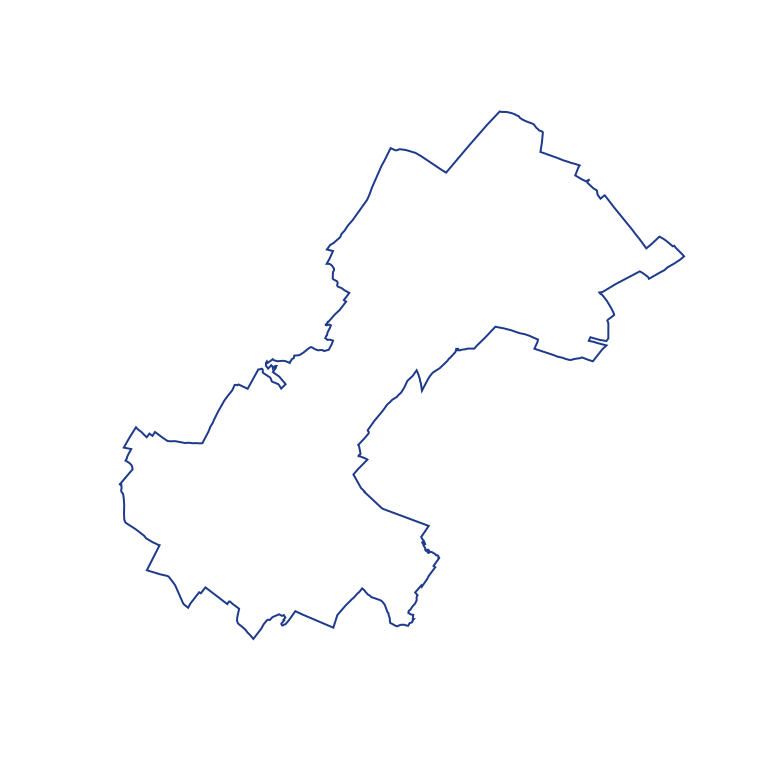 the district of Podu Turcului, Bacau, Romania, rotated 308°
{"feature_id": "2599482B35845485094617", "entity_name": "Podu Turcului", "entity_type": "district", "adm_level": 2, "iso_a3": "ROU", "parent_name": "Romania", "parent_adm1": "Bacau", "projection": "robinson", "projection_center": [27.419, 46.199], "detail": "fine", "context": "isolated", "style": "outline", "palette": "blue", "viewbox_px": 768, "rotation_deg": 308, "n_neighbors": 0, "source": "geoboundaries", "source_scale": "gbopen_adm2", "svg_char_len": 6155}
<svg xmlns="http://www.w3.org/2000/svg" viewBox="0 0 768 768"><g transform="rotate(308 384 384)"><path d="M247.5,538.6L256.8,538.1L260.5,537.4L271.2,537.2L271.1,535.1L281.0,534.6L281.1,534.3L280.7,533.7L282.0,532.5L282.0,531.7L281.1,530.5L281.5,529.2L281.0,525.1L280.6,524.4L279.7,523.7L278.2,523.0L278.1,522.7L278.4,521.8L280.5,521.9L280.5,520.6L278.4,519.7L278.7,518.5L279.8,518.0L281.3,514.2L283.2,515.0L283.7,514.2L282.4,512.5L282.5,511.8L283.2,511.6L284.0,512.5L284.7,512.5L285.6,509.1L286.3,507.5L299.7,506.6L285.0,460.3L284.8,458.6L286.9,435.0L287.3,435.0L287.9,429.9L293.9,415.6L301.3,416.0L314.2,417.5L314.1,415.9L312.3,409.9L311.5,408.6L311.5,408.2L312.2,408.0L314.2,408.6L314.9,408.1L319.8,402.4L320.1,401.2L329.6,402.1L335.6,402.3L336.8,401.6L337.3,399.8L337.9,399.6L348.8,399.1L362.3,399.5L370.1,399.2L373.3,399.9L376.7,400.2L381.8,402.1L383.7,402.1L388.0,402.8L393.9,402.1L400.9,400.5L408.0,401.6L414.9,401.3L412.8,405.1L409.8,409.4L408.3,410.9L407.3,412.6L402.1,418.0L414.3,415.8L417.5,415.4L421.2,415.3L423.5,415.6L430.8,418.2L441.0,419.7L444.2,419.6L444.6,419.9L453.0,420.6L454.1,420.3L456.2,419.3L457.3,420.8L456.1,421.5L457.3,423.1L458.6,423.9L461.8,427.0L463.2,427.9L467.5,433.4L471.2,433.5L482.6,435.1L497.7,436.5L501.8,444.6L504.6,451.0L507.6,459.7L509.9,464.2L511.5,468.8L513.8,478.0L512.5,478.7L510.7,479.3L504.4,480.8L511.4,500.4L512.3,503.7L514.7,508.7L515.4,511.3L516.9,514.8L517.7,516.2L521.1,518.8L524.8,522.3L526.9,523.8L528.8,530.1L530.5,534.6L546.2,534.7L551.4,535.6L547.5,526.6L546.2,523.0L544.1,518.8L546.3,518.2L547.9,517.9L552.1,528.1L552.8,528.9L554.7,532.8L558.0,532.7L570.0,523.4L571.5,520.9L572.6,520.9L579.9,522.9L580.8,522.2L583.4,517.0L586.7,508.5L588.7,500.7L588.3,499.7L588.3,499.0L588.7,497.4L591.1,499.6L605.3,505.0L630.2,516.2L630.7,519.2L630.9,526.2L630.0,528.0L642.4,533.1L646.1,534.8L650.4,535.6L657.3,538.4L664.6,540.9L669.3,541.9L669.8,539.6L670.9,530.3L671.6,527.6L670.3,526.8L670.6,517.8L670.4,514.8L669.7,510.3L658.5,508.6L652.4,507.2L655.5,496.2L657.5,487.7L658.0,486.4L664.7,457.0L668.6,441.9L668.4,441.6L663.3,440.5L664.7,435.7L667.6,432.6L667.1,428.4L667.8,420.5L668.2,419.9L668.7,419.7L671.7,420.0L671.1,419.6L668.5,418.7L668.1,418.3L667.2,414.6L666.1,406.3L674.5,403.8L676.7,403.6L675.0,398.9L673.1,394.6L672.9,393.5L670.8,388.1L668.8,381.2L663.2,364.4L671.6,359.7L679.0,355.0L680.1,354.2L680.4,353.5L679.3,350.1L679.6,349.0L679.7,346.2L680.9,341.9L678.4,333.9L677.6,330.1L677.4,326.9L678.0,325.3L677.4,323.5L677.0,320.6L675.6,316.8L673.7,312.9L670.7,309.1L670.0,307.4L652.1,305.7L624.5,304.2L588.8,302.8L588.2,297.7L586.4,272.9L585.5,266.5L581.8,257.1L579.0,252.3L578.3,251.5L575.9,250.1L575.2,249.2L573.9,244.0L560.9,246.7L554.1,247.8L531.4,253.6L523.7,256.1L518.7,257.3L494.1,258.4L487.1,258.0L480.4,258.5L475.9,258.1L472.8,259.1L464.3,257.5L460.5,256.0L454.8,256.2L457.4,262.0L449.0,264.0L443.4,264.8L445.1,267.1L445.3,268.5L445.3,269.9L444.4,272.8L444.0,273.7L442.4,274.7L440.6,275.0L435.4,278.8L435.4,280.2L436.0,283.7L435.2,285.3L433.0,286.2L432.6,286.7L432.4,287.9L433.5,291.8L433.5,295.1L434.4,300.6L425.4,300.7L425.6,303.4L415.0,303.5L408.8,302.5L398.8,301.9L398.6,301.5L398.3,301.4L396.2,301.8L395.1,301.5L394.6,301.9L394.8,302.3L395.8,303.4L397.0,304.0L397.6,306.0L394.4,307.0L393.0,307.1L389.3,308.0L387.6,309.0L387.0,308.9L386.5,309.1L386.1,308.9L383.9,309.5L384.1,311.4L383.9,312.2L385.2,313.5L386.5,315.9L386.8,317.2L382.8,318.4L376.9,319.4L373.0,316.4L372.9,314.7L371.3,312.6L370.1,311.6L369.1,308.8L368.4,304.2L367.9,303.6L365.5,302.6L359.5,301.3L354.8,299.6L354.3,299.2L351.1,295.8L348.8,297.0L346.8,296.0L345.1,296.5L343.8,296.2L342.6,296.8L341.4,292.4L340.1,290.1L336.4,286.1L334.9,282.6L334.9,281.8L335.1,281.1L329.1,279.4L329.8,277.8L328.1,277.9L325.7,279.7L324.8,283.2L329.4,283.6L329.3,284.7L328.6,286.1L327.9,286.8L329.9,286.8L330.3,287.2L331.4,287.2L332.0,288.1L330.3,288.3L330.2,288.8L325.0,289.1L325.3,297.0L323.3,306.6L317.1,305.8L318.5,302.2L318.8,300.4L318.3,299.3L317.9,297.1L317.4,296.2L317.0,294.4L317.1,293.7L318.6,291.4L319.0,289.9L318.3,281.7L318.7,281.1L320.4,279.9L320.9,278.9L320.8,278.2L318.7,276.8L318.1,276.0L296.3,279.5L294.1,269.7L292.8,269.3L292.1,267.8L291.3,266.9L285.6,268.3L277.9,268.2L272.5,268.4L259.8,270.3L250.6,272.2L248.5,272.9L243.4,273.5L238.4,275.0L225.6,277.3L223.9,275.5L221.2,271.6L220.1,270.5L217.2,265.9L215.0,263.6L210.5,254.8L207.1,250.6L205.8,248.5L205.4,243.0L205.2,233.1L200.6,233.5L200.5,229.7L196.0,229.8L196.2,226.6L196.8,223.2L196.8,217.2L197.2,215.2L185.4,216.4L173.7,218.1L177.1,224.9L171.3,225.8L168.6,226.4L167.0,227.2L164.5,227.5L165.0,231.9L164.7,234.7L163.5,236.8L162.0,238.4L142.3,237.6L142.3,238.3L143.0,238.9L140.2,241.5L138.6,242.1L138.0,242.8L137.2,243.9L136.9,245.8L134.2,248.8L128.8,253.7L121.7,259.0L117.0,263.1L115.6,265.7L116.7,277.8L116.7,288.8L115.9,291.4L117.0,299.9L117.4,300.9L118.2,305.0L118.8,306.4L91.2,311.8L96.1,324.5L99.1,330.9L99.6,332.6L99.5,333.6L96.9,343.2L87.7,360.3L87.2,361.7L87.1,363.6L87.1,367.4L91.9,366.6L106.1,366.6L106.3,368.5L113.8,368.5L114.1,396.0L117.1,395.8L117.8,396.5L117.5,400.0L117.7,408.2L110.0,411.9L107.0,413.9L105.6,416.0L105.3,417.9L105.4,420.1L105.1,425.7L104.1,429.7L103.8,432.8L102.7,438.0L115.9,437.9L120.5,437.1L125.6,437.2L127.0,437.9L127.7,439.3L131.2,439.6L132.5,440.1L138.0,443.2L138.3,445.8L139.0,446.8L140.2,447.3L139.2,450.1L136.3,450.0L136.3,450.8L132.0,450.6L131.4,451.3L131.1,452.3L131.4,452.9L133.0,453.4L133.6,454.1L134.4,454.3L139.4,454.5L150.4,454.0L152.2,461.9L160.8,494.1L173.2,489.5L185.6,490.1L194.8,491.2L196.8,491.7L202.0,492.0L205.2,492.6L209.5,492.6L209.3,496.1L208.9,496.9L208.2,500.8L208.5,503.1L208.3,505.3L211.3,514.0L211.5,515.5L211.3,517.6L210.5,520.5L206.4,527.1L206.1,528.6L205.1,529.5L202.9,532.8L200.6,534.8L199.5,536.2L199.9,537.5L200.7,542.7L201.4,543.7L204.4,545.3L206.1,547.3L206.9,548.5L207.6,550.7L208.4,551.9L211.2,551.4L213.5,552.8L215.3,552.3L216.9,552.3L216.2,551.6L220.1,549.2L218.9,546.9L218.6,544.2L219.3,544.0L219.4,543.6L220.6,543.2L222.4,543.7L226.5,543.4L230.0,543.7L233.7,542.9L235.7,541.2L237.2,540.5L238.2,540.5L238.9,536.9L248.2,537.4L247.5,538.6Z" fill="none" stroke="#1e3a8a" stroke-width="2"/></g></svg>